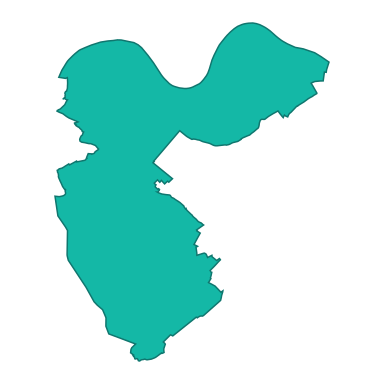 the district of Berg en Dal, Gelderland, Netherlands
{"feature_id": "6326949B49757096528968", "entity_name": "Berg en Dal", "entity_type": "district", "adm_level": 2, "iso_a3": "NLD", "parent_name": "Netherlands", "parent_adm1": "Gelderland", "projection": "mercator", "projection_center": [5.939, 51.811], "detail": "fine", "context": "isolated", "style": "filled", "palette": "teal", "viewbox_px": 384, "rotation_deg": 0, "n_neighbors": 0, "source": "geoboundaries", "source_scale": "gbopen_adm2", "svg_char_len": 5670}
<svg xmlns="http://www.w3.org/2000/svg" viewBox="0 0 384 384"><path d="M68.3,260.3L82.3,281.6L86.0,287.2L94.1,301.8L97.4,305.3L102.6,309.7L106.0,317.8L105.9,326.2L108.8,333.9L135.6,344.0L131.8,347.7L131.0,349.3L130.6,352.8L131.7,353.6L132.4,354.2L133.4,354.9L132.9,355.2L133.4,356.1L133.8,355.8L134.1,355.7L134.0,355.8L134.0,356.1L133.9,356.1L134.1,356.8L134.5,357.5L134.8,358.8L135.4,359.0L137.0,358.6L137.3,358.7L137.5,358.9L137.8,359.3L138.4,360.7L139.4,361.0L139.8,360.9L141.2,359.9L141.8,359.7L143.1,359.6L144.8,359.1L146.1,359.6L147.0,359.8L151.4,359.1L154.7,357.8L156.1,357.0L161.5,353.0L161.9,353.4L163.3,352.9L164.0,352.5L164.1,352.4L163.9,351.4L163.8,350.1L163.8,348.7L165.3,344.2L164.8,343.4L163.3,342.0L170.5,334.8L172.8,335.9L196.2,317.2L197.4,317.8L198.2,317.1L199.9,316.2L200.3,316.1L201.4,316.0L202.4,316.1L203.1,315.8L203.8,315.3L220.6,300.4L220.7,300.0L221.3,297.5L221.6,295.6L222.7,292.0L222.9,290.8L220.9,292.2L215.1,286.1L211.5,284.1L208.5,282.6L210.9,278.6L210.4,278.0L211.1,275.5L211.7,272.7L211.4,272.8L211.1,272.1L210.1,270.5L214.1,266.5L216.8,263.6L218.5,261.7L220.4,259.8L220.1,259.3L219.4,258.5L216.7,260.5L212.1,256.8L211.9,255.3L207.6,257.5L206.2,254.2L205.8,254.0L205.4,253.6L204.3,253.1L203.0,253.4L196.9,255.3L196.8,252.9L196.0,247.1L197.0,246.7L197.6,246.3L194.0,244.5L197.5,238.0L200.2,233.1L196.9,230.9L197.2,230.6L196.6,229.9L203.6,225.0L202.3,224.1L202.2,223.8L200.8,222.7L200.0,222.5L198.5,221.7L197.9,221.2L197.6,220.9L196.2,219.2L194.0,217.4L192.9,216.4L192.0,215.0L191.2,214.4L187.1,210.5L186.3,209.4L186.1,208.5L185.5,208.9L184.3,207.2L183.9,206.4L183.8,205.9L183.2,205.4L179.8,202.4L175.0,199.3L174.5,198.9L173.7,198.3L172.1,197.6L171.6,197.4L171.0,196.6L170.5,195.8L170.4,195.5L170.1,195.3L169.5,195.0L165.8,194.6L161.8,194.0L159.6,193.2L158.4,192.7L157.4,192.1L157.9,192.1L158.1,192.0L158.4,191.4L159.2,190.4L159.5,189.5L158.6,188.7L157.9,189.3L155.3,187.0L155.3,186.1L156.0,184.8L155.2,184.3L154.3,183.1L157.5,179.9L159.8,182.3L161.4,180.4L164.6,183.9L167.5,181.2L168.8,182.2L172.5,178.7L153.0,162.8L154.2,161.5L153.7,161.1L155.3,159.4L157.2,157.0L157.3,157.0L179.7,130.7L183.6,133.9L185.8,135.7L187.3,136.8L191.7,139.3L192.3,139.3L193.4,139.0L193.6,139.1L195.1,139.2L197.8,139.9L199.3,140.1L200.3,140.5L202.0,141.3L203.0,141.7L207.8,142.9L209.3,143.3L210.5,143.8L213.5,145.3L215.0,145.7L215.9,145.8L217.0,145.8L224.0,145.0L225.2,144.9L226.4,145.1L228.7,144.6L229.6,144.3L230.2,144.0L231.8,143.1L233.0,142.6L237.5,141.5L238.0,141.3L238.8,140.8L241.2,139.3L241.2,139.2L241.1,138.9L243.1,137.7L244.8,137.0L247.6,135.8L249.7,135.0L251.5,133.4L254.1,131.5L256.7,129.2L257.8,128.4L258.2,128.0L258.5,127.5L258.8,126.5L259.0,125.8L259.4,122.9L259.9,121.4L260.3,120.4L260.8,119.8L261.2,119.5L261.9,119.3L264.2,119.4L264.8,119.3L268.4,116.5L273.0,113.7L278.0,111.0L280.2,114.0L281.8,116.0L283.2,117.6L284.0,115.8L284.4,115.1L285.2,115.8L286.0,116.2L287.7,116.9L288.7,114.6L289.6,113.4L290.5,112.7L291.2,112.1L296.6,106.4L297.6,105.8L297.7,106.0L299.1,104.9L304.0,101.9L308.0,98.9L309.4,98.0L312.6,96.3L313.7,95.4L316.8,93.6L316.9,93.1L312.8,85.9L311.1,83.2L312.6,82.4L314.9,81.5L320.0,81.0L323.2,80.9L324.4,72.1L326.2,72.3L326.6,69.7L329.0,62.1L321.0,56.6L314.6,52.7L313.1,52.2L303.4,48.9L300.9,48.4L295.3,47.4L287.5,43.9L282.7,41.2L280.9,40.0L278.0,37.8L275.6,35.8L270.1,30.9L267.2,28.8L265.4,27.6L263.6,26.6L259.8,24.7L256.3,23.6L252.8,23.0L248.5,23.2L246.3,23.5L243.7,24.0L241.8,24.6L237.6,26.4L234.2,28.7L230.5,31.9L227.3,35.1L225.2,37.5L221.6,42.0L219.5,44.7L218.0,47.4L214.0,55.4L212.0,60.1L209.4,68.9L207.9,73.0L206.5,75.6L203.6,79.5L201.6,81.8L200.6,82.8L199.3,83.8L192.6,87.1L190.6,87.8L188.8,88.2L186.3,88.5L184.5,88.5L179.4,87.9L175.6,86.8L174.0,86.3L172.1,85.5L169.4,83.7L164.8,79.1L163.5,77.7L162.3,76.2L161.1,74.6L159.9,72.7L153.4,62.7L147.9,55.3L141.6,47.7L138.1,44.8L133.9,42.6L121.2,40.0L117.4,39.9L113.3,40.5L107.6,41.0L100.6,42.1L99.7,42.4L91.5,45.0L85.1,47.6L80.1,49.8L78.7,50.7L77.2,51.9L75.0,53.7L72.8,55.7L68.9,59.6L67.5,61.2L66.5,62.7L61.9,70.2L59.9,74.7L58.8,77.3L65.6,78.4L67.3,77.6L67.4,78.0L67.6,82.1L67.6,84.1L67.5,85.3L67.4,88.3L66.5,91.3L65.6,91.5L64.9,93.0L64.9,93.5L65.2,94.2L65.3,94.6L65.0,95.8L65.2,97.3L64.5,97.6L63.3,98.8L63.5,98.9L64.2,98.4L64.4,98.4L64.7,98.6L65.8,99.4L67.4,99.9L66.9,100.4L66.8,100.8L66.0,102.1L65.1,104.1L64.6,104.9L61.2,108.1L60.6,108.7L59.7,109.3L58.3,109.8L57.7,110.5L57.3,110.5L57.0,111.1L59.1,112.2L62.4,113.5L63.1,113.9L66.4,116.4L69.0,118.0L73.7,120.0L78.0,121.9L75.7,122.9L75.0,122.7L74.8,123.1L74.5,123.2L75.1,124.5L76.3,125.0L76.0,125.6L77.8,126.8L78.6,127.2L78.8,127.1L79.2,127.6L79.9,128.4L81.5,129.9L82.1,130.6L82.2,131.2L82.2,131.5L82.7,131.8L83.6,132.0L83.4,132.5L82.8,133.6L82.4,134.9L82.2,135.2L81.3,135.8L80.5,137.2L79.9,138.7L79.8,139.1L79.7,139.5L79.9,140.5L80.0,141.1L81.2,141.9L81.8,142.2L84.9,142.7L88.7,143.6L90.9,143.7L94.2,145.0L95.2,145.4L95.8,145.9L97.9,148.4L98.5,149.0L98.3,149.2L98.1,149.7L97.8,149.9L95.2,151.7L94.3,153.2L93.9,153.5L92.8,153.8L92.0,154.1L92.0,153.9L88.2,153.6L86.6,157.5L86.9,158.3L86.3,158.5L85.8,159.5L85.6,159.8L85.3,160.0L84.4,160.4L77.8,161.7L77.4,161.6L76.8,161.9L76.5,161.1L69.5,164.9L69.4,164.9L68.8,163.9L62.4,167.9L62.4,168.0L59.3,168.8L58.1,169.7L57.8,170.3L57.2,170.4L57.2,170.5L57.5,171.5L57.5,172.1L57.8,172.5L58.1,173.2L58.5,175.1L58.4,176.5L58.6,177.5L59.9,180.5L60.0,180.8L60.8,182.4L61.8,184.6L62.6,186.5L64.8,189.7L65.3,189.4L65.6,189.8L65.3,190.5L65.2,191.2L65.3,191.7L65.6,193.0L65.5,193.7L65.3,194.2L65.0,194.6L63.8,195.5L62.5,196.0L59.6,196.6L58.7,196.6L55.0,196.2L57.9,215.9L65.5,227.0L67.5,230.5L67.1,254.1L67.1,255.1L67.3,256.3L68.3,260.3Z" fill="#14b8a6" stroke="#0f766e" stroke-width="1.5"/></svg>